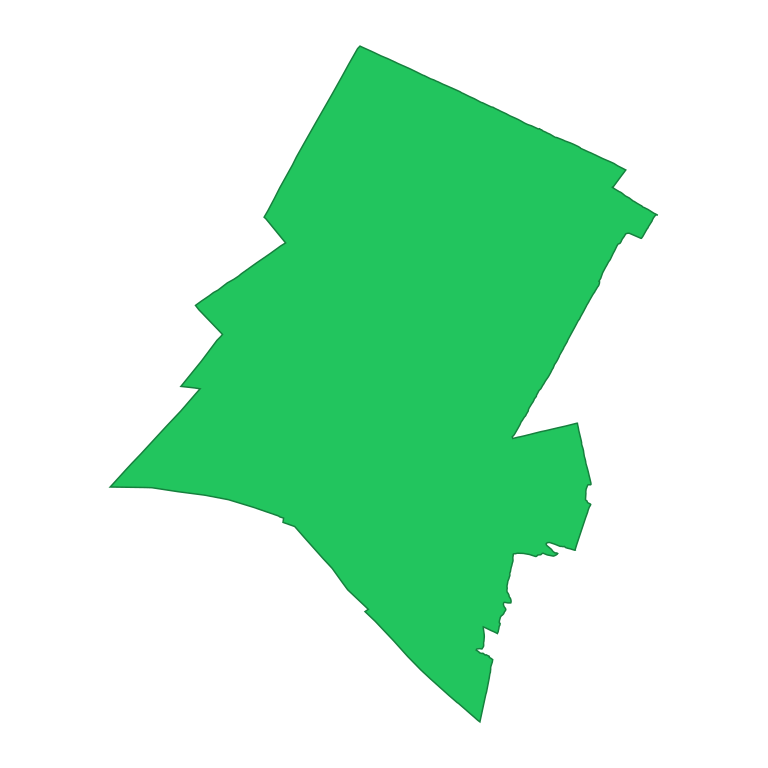 the district of Garla Mare, Mehedinti, Romania
{"feature_id": "2599482B64149549222461", "entity_name": "Garla Mare", "entity_type": "district", "adm_level": 2, "iso_a3": "ROU", "parent_name": "Romania", "parent_adm1": "Mehedinti", "projection": "albers", "projection_center": [22.804, 44.221], "detail": "fine", "context": "isolated", "style": "filled", "palette": "green", "viewbox_px": 768, "rotation_deg": 0, "n_neighbors": 0, "source": "geoboundaries", "source_scale": "gbopen_adm2", "svg_char_len": 6094}
<svg xmlns="http://www.w3.org/2000/svg" viewBox="0 0 768 768"><path d="M602.6,272.9L605.4,267.6L606.7,265.4L608.4,262.2L609.0,261.3L610.2,259.7L613.2,253.3L614.5,251.0L617.0,245.8L618.0,244.2L618.6,243.8L619.2,243.7L620.0,243.3L620.9,242.0L622.2,239.2L624.1,236.6L625.7,233.9L627.0,233.4L628.2,233.2L629.4,233.3L640.9,238.3L641.4,238.3L641.6,238.1L642.9,236.3L646.9,229.2L647.8,228.1L648.6,226.4L652.0,221.1L652.4,219.9L653.6,217.6L654.3,216.8L654.8,216.1L655.4,215.3L656.0,214.9L656.5,214.9L657.8,215.2L655.6,214.0L654.0,213.3L652.6,212.4L647.9,209.4L645.2,208.1L644.8,207.8L642.9,207.1L641.6,205.8L640.9,205.5L636.9,203.2L634.3,201.5L633.1,201.0L629.3,198.0L625.3,195.9L622.8,193.8L621.5,192.8L620.4,192.1L619.3,191.7L615.0,189.1L612.3,187.3L612.5,187.0L613.2,186.9L620.5,177.0L625.8,170.0L617.6,165.8L614.0,163.5L610.5,161.9L602.8,158.6L590.7,152.8L588.4,151.9L580.6,148.3L580.3,147.8L578.4,146.6L573.6,144.3L570.1,142.8L565.1,141.0L562.8,139.9L556.7,137.5L556.1,137.5L555.4,137.4L554.1,136.7L550.0,134.2L547.0,132.9L546.0,132.3L542.8,130.9L541.6,129.8L541.0,129.8L540.3,129.4L539.6,128.7L539.4,128.7L538.9,128.9L538.1,128.9L537.3,128.5L531.5,125.8L528.4,124.8L526.7,124.1L524.4,123.0L520.8,120.9L519.8,120.4L518.6,119.7L515.4,118.2L510.1,115.9L507.7,114.6L506.3,113.8L501.5,111.6L494.6,108.2L493.1,107.3L492.7,107.2L492.0,107.1L491.2,106.9L488.0,105.4L482.8,102.9L480.9,102.3L474.3,98.7L469.3,96.5L463.1,93.4L462.0,93.0L459.8,91.6L446.5,85.7L443.1,84.3L438.0,81.8L436.4,81.2L433.8,79.9L432.6,79.5L430.6,78.8L424.0,75.5L423.1,75.3L421.7,74.6L410.6,69.1L398.2,63.6L388.5,59.0L380.6,55.7L373.8,52.4L361.2,46.7L360.0,46.1L357.6,48.6L348.9,63.9L341.6,77.2L332.2,94.0L315.2,123.7L302.8,145.6L296.4,157.0L292.5,164.9L279.8,187.7L274.5,198.2L267.9,210.7L264.1,217.2L265.8,218.7L285.6,242.9L280.6,246.0L269.7,253.9L256.7,262.8L241.3,273.8L238.6,276.1L233.8,279.3L227.3,282.9L218.0,290.1L213.4,292.6L209.2,295.8L201.8,300.8L195.5,305.4L198.9,309.8L214.1,325.6L222.5,334.4L220.6,336.7L217.0,340.3L201.5,361.0L180.9,386.4L194.4,387.9L200.1,388.8L195.5,394.0L180.9,410.9L165.6,427.1L140.9,453.9L131.4,463.8L125.3,470.4L110.2,487.0L144.9,487.5L151.9,487.7L178.1,491.7L204.3,495.1L228.5,499.7L253.4,507.3L278.6,516.0L279.6,516.8L283.6,518.1L283.0,522.4L294.7,526.5L304.3,537.5L323.0,558.5L332.2,568.4L342.4,582.6L347.7,589.8L368.3,609.3L365.0,611.6L375.2,621.3L393.9,641.1L407.8,656.6L421.1,670.2L430.9,679.3L449.1,695.6L457.3,702.7L458.2,703.2L477.8,720.3L479.9,721.9L485.8,694.4L486.5,692.1L487.3,688.0L489.2,678.2L489.9,673.6L490.3,672.7L490.4,672.1L490.5,670.7L490.7,669.0L490.6,668.2L490.8,666.7L492.3,662.1L492.7,659.6L490.8,658.2L490.4,658.1L489.1,657.0L489.2,656.6L489.8,656.6L486.1,654.8L485.7,654.9L485.3,655.1L484.7,654.7L483.4,653.5L482.9,653.3L482.5,653.3L482.3,653.5L481.5,653.4L480.7,653.1L480.2,653.1L479.4,652.6L479.2,652.2L477.3,650.8L476.2,650.2L476.5,649.3L476.7,649.1L477.4,648.9L479.9,648.6L481.1,648.9L482.0,648.9L482.2,648.7L482.3,648.4L483.5,646.5L483.7,645.3L483.6,643.5L483.7,641.7L483.9,641.4L484.3,636.7L484.2,634.7L483.6,630.1L483.3,628.7L483.3,626.9L486.3,628.2L491.2,630.6L493.8,631.7L497.4,633.5L497.6,632.8L498.1,632.0L498.3,631.3L498.3,630.7L498.5,630.2L498.8,628.8L499.0,627.7L499.1,626.7L499.3,626.0L499.7,625.6L500.1,624.0L500.1,623.4L499.6,623.3L499.2,622.1L499.4,621.3L499.6,619.9L500.0,618.8L500.3,617.4L501.4,615.7L502.4,615.1L503.7,613.7L504.2,612.4L504.7,611.5L505.4,610.7L505.6,610.3L505.8,609.4L505.4,608.3L504.8,607.6L504.1,606.6L503.7,605.6L503.5,604.8L503.4,604.4L503.6,602.9L504.1,602.4L504.5,602.3L507.8,602.9L510.7,602.9L510.9,602.8L511.1,601.2L510.9,599.9L510.4,598.3L509.6,597.3L509.1,596.4L509.0,595.2L508.1,593.3L507.3,592.4L507.0,591.4L506.9,590.1L507.1,588.9L507.2,588.2L507.0,586.5L507.1,585.2L507.4,584.1L507.9,581.0L508.9,578.7L509.4,576.7L509.7,576.2L509.9,575.3L509.8,574.4L509.8,572.9L510.4,571.8L510.8,569.2L511.3,567.0L511.7,565.9L512.3,563.2L512.8,561.7L513.0,560.5L512.9,558.6L512.8,557.8L513.2,555.3L513.2,554.5L513.3,554.1L513.5,553.9L513.9,553.8L515.5,553.7L517.3,553.2L523.3,553.4L529.5,554.5L534.7,556.2L535.9,556.5L536.5,556.3L537.9,555.0L540.8,554.7L542.2,553.4L543.1,553.2L547.2,554.9L553.3,556.1L554.4,555.8L555.9,555.1L557.2,554.2L557.7,553.5L556.8,553.0L555.1,552.9L553.1,551.6L551.4,549.3L546.8,545.5L546.2,544.4L546.2,543.6L547.5,542.6L549.7,542.5L554.8,544.2L560.2,546.4L561.0,546.3L563.2,546.7L564.2,546.4L565.7,547.6L567.9,548.3L570.5,548.9L572.0,549.4L574.7,550.2L575.3,550.1L575.2,549.5L576.8,544.3L585.6,517.8L587.6,512.3L588.1,510.3L589.3,507.1L590.4,505.4L590.7,504.4L590.3,504.0L589.7,503.7L587.9,502.8L587.5,502.4L587.3,502.1L587.1,501.2L586.9,500.9L586.4,500.6L585.6,499.9L585.5,499.5L585.9,493.4L585.8,491.9L586.1,489.2L587.3,486.1L587.8,485.1L588.2,484.7L590.5,484.8L590.8,484.6L591.0,484.3L590.9,483.0L590.0,479.1L589.1,475.5L588.2,471.6L587.3,468.2L585.9,463.4L585.8,462.8L585.7,461.7L585.3,459.7L584.3,456.3L583.7,452.5L583.5,450.7L582.9,448.3L581.8,444.9L581.6,443.8L581.6,442.6L581.2,440.5L578.8,430.6L578.3,427.7L577.6,424.6L577.4,423.2L576.9,423.2L565.9,426.0L558.3,427.7L545.6,430.7L541.1,431.6L524.5,435.8L519.7,436.9L518.4,437.1L512.8,438.5L512.2,436.8L513.2,435.9L514.3,434.6L517.2,429.6L517.9,428.4L519.9,424.8L521.1,422.0L522.5,420.1L522.7,419.7L524.5,416.9L525.3,416.2L525.9,415.3L526.1,414.7L526.6,413.7L526.9,413.3L528.2,411.1L528.5,409.4L529.3,407.7L532.1,403.2L532.8,402.3L533.9,400.2L534.3,399.0L536.3,396.5L536.6,395.0L537.6,393.3L538.3,391.9L539.0,390.6L539.7,389.8L540.8,388.8L542.0,386.7L542.8,385.2L543.3,384.7L545.4,381.0L548.4,376.7L550.7,372.6L552.1,369.7L553.3,367.8L553.7,366.6L554.2,365.5L554.3,364.8L555.1,363.8L556.7,361.3L557.7,359.5L559.3,356.3L559.5,355.4L562.8,349.7L563.5,348.5L563.8,347.5L567.2,341.7L567.9,339.8L575.1,326.6L576.8,323.4L578.1,320.9L579.6,318.9L580.5,316.9L583.9,310.8L584.6,309.4L586.2,306.4L586.7,305.3L588.6,302.2L589.5,300.4L590.1,299.4L592.8,294.7L593.7,293.3L594.5,292.4L594.7,291.8L597.7,286.8L598.4,286.0L598.8,285.2L599.4,283.4L599.5,282.4L599.6,281.8L598.9,281.3L600.7,278.4L602.6,272.9Z" fill="#22c55e" stroke="#15803d" stroke-width="1.5"/></svg>